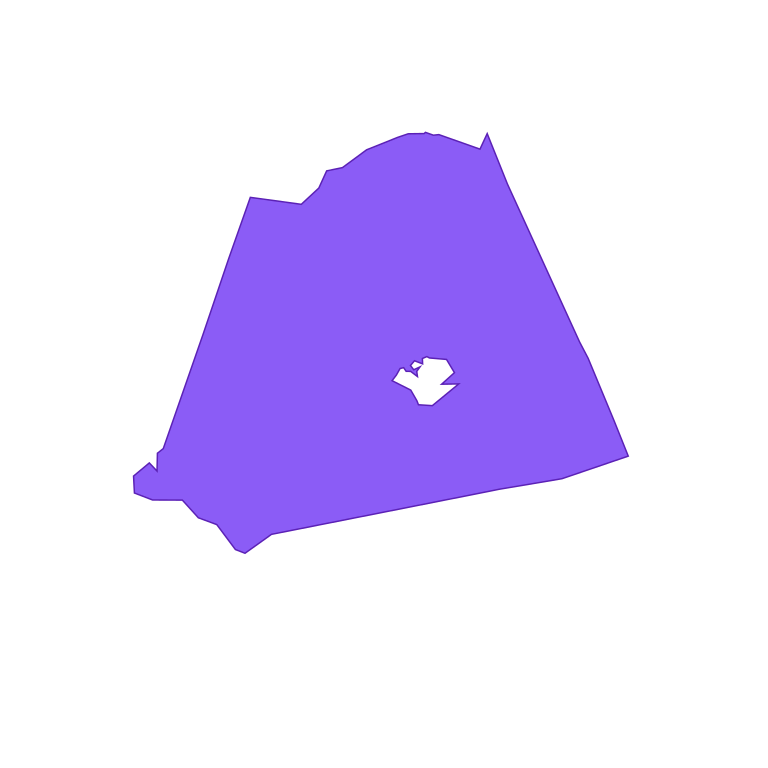 Albemarle, Virginia, United States of America (Mercator projection), rotated 44°
{"feature_id": "52423323B56828641203792", "entity_name": "Albemarle", "entity_type": "district", "adm_level": 2, "iso_a3": "USA", "parent_name": "United States of America", "parent_adm1": "Virginia", "projection": "mercator", "projection_center": [-78.564, 38.001], "detail": "fine", "context": "isolated", "style": "filled", "palette": "violet", "viewbox_px": 768, "rotation_deg": 44, "n_neighbors": 0, "source": "geoboundaries", "source_scale": "gbopen_adm2", "svg_char_len": 927}
<svg xmlns="http://www.w3.org/2000/svg" viewBox="0 0 768 768"><g transform="rotate(44 384 384)"><path d="M407.5,570.3L533.5,389.1L539.9,379.8L577.8,328.5L609.8,266.2L575.7,250.9L513.0,223.7L495.5,217.9L334.1,154.5L284.3,132.2L289.9,148.4L250.2,166.5L246.7,170.7L239.0,174.2L238.9,176.0L227.6,187.2L222.4,197.3L208.8,227.6L203.8,257.2L194.7,270.5L201.0,288.3L199.7,312.2L158.2,342.6L185.1,401.5L219.5,474.3L270.1,583.8L269.1,591.2L281.2,604.3L270.0,603.8L267.8,624.2L280.2,635.8L298.1,628.2L319.6,607.6L343.4,609.2L361.4,601.3L392.1,606.3L401.6,602.3L407.5,570.3ZM384.8,361.7L386.8,358.6L391.1,359.5L394.4,356.4L402.9,355.4L398.8,352.2L398.0,346.7L395.5,353.1L390.2,352.3L389.8,346.1L397.8,342.7L393.9,339.0L395.8,334.5L398.6,333.7L411.9,322.9L426.8,326.9L425.6,344.1L437.7,332.0L433.8,366.0L423.2,375.0L419.3,373.2L407.5,369.8L387.5,376.0L386.7,369.0L384.8,361.7Z" fill="#8b5cf6" stroke="#5b21b6" stroke-width="1.5"/></g></svg>